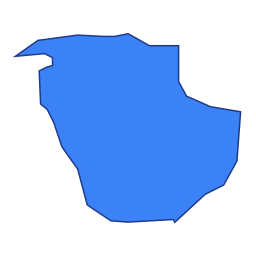 the district of Gwanak-gu, Seoul, South Korea
{"feature_id": "91817680B99536699865294", "entity_name": "Gwanak-gu", "entity_type": "district", "adm_level": 2, "iso_a3": "KOR", "parent_name": "South Korea", "parent_adm1": "Seoul", "projection": "mercator", "projection_center": [126.943, 37.456], "detail": "fine", "context": "isolated", "style": "filled", "palette": "blue", "viewbox_px": 256, "rotation_deg": 0, "n_neighbors": 0, "source": "geoboundaries", "source_scale": "gbopen_adm2", "svg_char_len": 552}
<svg xmlns="http://www.w3.org/2000/svg" viewBox="0 0 256 256"><path d="M236.9,161.1L240.6,111.8L210.4,106.7L186.5,96.1L178.6,81.5L178.6,45.7L177.2,45.7L149.4,45.7L128.1,33.7L127.2,33.9L114.9,36.4L113.5,36.4L102.9,36.4L77.7,35.1L77.3,35.1L37.9,40.4L15.4,56.3L44.6,53.6L52.5,57.6L52.5,65.6L47.2,66.9L39.2,70.9L40.6,104.0L47.2,109.4L53.8,122.6L61.8,146.5L64.5,150.5L77.7,169.1L87.2,204.8L91.0,207.5L110.9,220.8L127.6,222.1L128.1,222.1L173.3,219.5L174.8,222.3L205.1,194.3L223.7,185.0L236.9,161.1Z" fill="#3b82f6" stroke="#1e3a8a" stroke-width="1.5"/></svg>